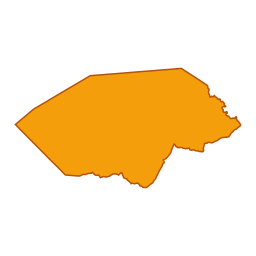 the district of Karachuonyo, Nyanza, Kenya
{"feature_id": "3690345B83716228169892", "entity_name": "Karachuonyo", "entity_type": "district", "adm_level": 2, "iso_a3": "KEN", "parent_name": "Kenya", "parent_adm1": "Nyanza", "projection": "albers", "projection_center": [34.698, -0.371], "detail": "fine", "context": "isolated", "style": "filled", "palette": "amber", "viewbox_px": 256, "rotation_deg": 0, "n_neighbors": 0, "source": "geoboundaries", "source_scale": "gbopen_adm2", "svg_char_len": 4575}
<svg xmlns="http://www.w3.org/2000/svg" viewBox="0 0 256 256"><path d="M240.6,125.1L240.5,124.7L240.3,124.2L240.1,123.9L239.8,123.3L239.4,122.9L239.1,122.5L238.8,122.1L238.6,121.8L238.2,121.4L237.8,121.0L237.5,120.6L237.2,120.2L236.9,119.8L236.4,119.3L236.4,118.8L236.5,118.3L236.6,117.6L236.4,116.9L235.6,117.0L235.3,117.5L234.9,118.3L234.4,118.4L234.0,118.3L233.5,118.2L233.0,118.1L232.5,118.2L232.0,118.4L231.3,118.5L230.8,118.5L230.3,118.3L229.9,118.1L229.6,117.6L229.3,117.1L229.0,116.6L228.8,116.2L228.3,116.0L227.9,116.0L227.4,115.9L226.8,115.7L226.4,115.4L225.9,114.9L226.0,114.3L226.2,113.8L226.7,113.5L227.1,113.3L227.3,112.9L227.2,112.4L226.9,111.9L226.6,111.6L226.1,111.8L225.8,112.2L225.3,112.4L224.6,112.5L224.3,112.1L223.6,112.2L223.3,111.8L223.1,111.3L223.1,110.8L223.2,110.4L223.3,109.9L223.0,109.5L222.5,109.0L222.1,108.4L221.8,107.8L222.0,107.4L222.4,107.0L223.0,106.6L223.6,106.6L224.1,106.8L224.6,106.9L225.2,106.8L225.7,106.4L225.4,106.0L224.7,105.7L224.4,105.1L224.3,104.3L224.4,103.6L224.2,103.2L223.7,102.9L223.0,102.0L222.7,101.6L222.3,101.4L221.6,101.7L221.1,101.5L220.6,101.1L220.4,100.6L220.2,100.0L220.2,99.5L220.0,99.1L219.4,98.9L219.0,99.0L218.6,99.2L218.0,99.1L217.6,98.7L217.3,98.3L217.0,97.9L216.6,97.5L216.2,97.3L215.6,97.0L215.0,96.7L214.5,96.3L214.6,95.8L214.2,95.5L214.0,95.8L213.9,96.2L213.5,96.5L212.8,96.8L212.3,96.5L211.9,96.3L211.4,96.2L211.1,96.7L210.8,97.1L210.2,97.1L209.9,96.6L209.6,96.0L209.5,95.1L209.4,94.4L209.1,94.0L208.7,93.6L208.6,93.0L208.6,92.5L208.6,92.0L208.6,91.5L208.6,90.9L208.8,90.4L209.1,89.9L209.0,89.3L208.9,88.8L208.4,88.5L207.8,88.1L207.7,87.6L207.8,87.1L207.7,86.7L207.7,86.2L207.5,85.7L206.9,85.1L202.5,82.2L201.2,81.3L199.8,80.4L196.4,78.2L181.3,68.4L180.6,68.5L179.9,68.5L173.0,69.1L162.4,69.9L156.6,70.4L151.8,70.8L149.5,71.0L145.0,71.3L136.2,72.0L118.1,73.5L106.2,74.4L103.1,74.7L100.9,74.9L97.8,75.1L90.2,75.7L87.0,77.6L75.5,84.4L65.6,90.2L50.4,99.2L46.8,101.4L33.7,109.1L20.6,120.1L18.8,121.6L15.4,124.5L18.4,127.6L37.1,146.5L41.9,151.4L52.0,161.6L54.5,164.0L60.5,170.0L65.4,175.0L72.9,175.6L76.5,175.9L78.7,176.0L79.9,176.0L80.7,175.6L81.6,175.1L82.7,174.6L83.9,174.4L84.9,174.5L85.8,174.5L86.5,173.9L87.6,173.8L88.5,173.4L89.3,173.4L90.0,173.4L90.8,173.2L91.6,173.2L92.3,172.3L93.3,173.0L93.9,173.9L94.7,174.7L95.6,175.2L97.0,175.2L98.3,175.1L99.3,175.8L99.7,176.7L100.4,177.6L101.3,177.2L102.5,177.0L103.1,176.6L103.9,176.6L104.8,176.8L105.9,177.1L107.3,176.7L108.4,176.5L109.5,176.3L110.2,175.5L111.0,175.1L111.9,174.8L112.6,174.1L113.8,173.9L115.0,173.9L116.1,174.0L117.0,174.3L117.9,174.6L118.6,175.1L119.2,174.4L120.1,173.7L120.8,172.9L121.8,172.7L122.1,173.7L122.4,174.6L122.9,175.5L123.3,176.6L123.6,177.7L124.4,178.0L125.2,178.6L125.9,178.6L126.8,178.9L127.2,179.9L127.9,180.4L128.4,180.9L129.3,181.5L130.1,182.4L130.8,183.0L131.1,183.7L132.0,183.2L133.3,183.4L134.4,183.8L135.3,183.6L136.0,183.4L137.1,183.0L138.1,183.4L138.7,184.1L139.4,184.4L139.5,185.0L139.7,185.6L140.2,186.0L141.2,186.1L142.1,186.4L142.8,187.3L143.8,187.5L144.7,187.4L145.6,187.6L146.7,187.4L148.3,186.2L149.6,185.0L150.1,184.6L150.6,184.2L151.7,183.5L152.7,182.8L152.9,182.4L153.1,182.1L153.6,181.3L154.1,180.3L154.9,179.4L155.6,178.7L156.0,177.8L156.4,176.8L158.6,172.3L159.7,170.2L162.0,166.2L162.4,165.1L162.7,164.2L163.2,163.6L164.0,162.9L164.2,161.8L163.7,160.9L163.2,160.0L164.0,159.5L164.9,159.1L165.8,158.8L167.4,157.1L168.3,156.0L169.2,154.9L169.9,154.0L170.6,152.9L171.1,152.0L171.3,150.8L171.7,149.8L172.2,148.4L173.0,146.6L173.5,145.2L174.2,144.1L174.9,144.6L175.4,145.7L176.0,146.5L176.9,146.5L177.3,147.5L178.4,147.6L179.5,147.7L180.7,147.4L181.9,147.5L183.0,148.1L184.1,148.3L184.8,148.5L185.6,148.8L186.6,148.5L187.7,148.5L188.3,148.2L188.9,148.0L189.5,148.5L189.6,149.4L190.2,149.9L191.0,150.2L191.9,150.1L193.0,149.8L194.1,150.0L195.0,150.4L195.9,150.8L197.0,150.9L198.0,150.9L198.8,151.3L199.5,151.5L200.6,151.5L201.9,151.9L202.8,151.5L203.2,151.5L203.4,150.9L203.7,150.3L203.5,149.5L203.3,149.0L203.3,148.5L203.5,147.6L203.7,146.6L204.0,145.8L204.2,145.2L204.4,144.0L205.1,143.2L206.1,143.4L207.2,143.1L208.0,142.4L209.2,142.4L210.3,142.6L211.4,142.8L212.5,142.8L213.6,142.0L215.1,141.4L216.2,141.0L217.4,140.4L218.7,139.6L219.6,138.8L220.2,138.4L221.2,137.9L222.7,137.6L223.7,137.4L225.1,137.3L226.3,137.2L227.1,137.1L227.9,137.0L228.9,136.6L230.0,135.1L230.8,133.8L231.3,133.0L232.6,131.9L233.4,130.9L234.0,130.3L235.0,129.6L235.9,129.3L236.4,129.0L237.3,128.2L237.8,127.7L238.3,127.3L238.8,127.0L239.2,126.7L240.0,126.1L240.6,125.1Z" fill="#f59e0b" stroke="#b45309" stroke-width="1.5"/></svg>